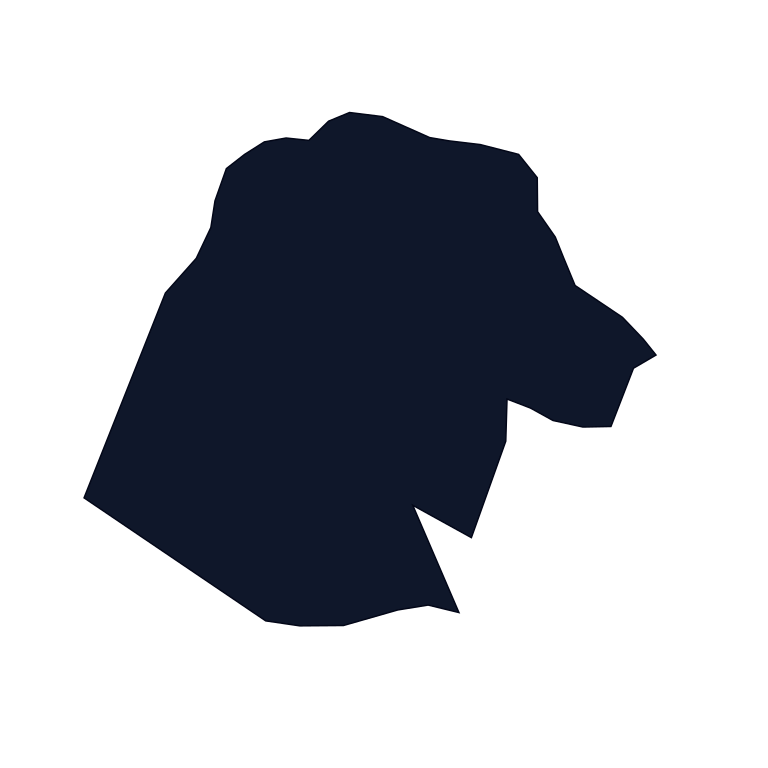 Vila Flor, Rio Grande do Norte, Brazil (Robinson projection), rotated 24°
{"feature_id": "56859067B91583565778488", "entity_name": "Vila Flor", "entity_type": "district", "adm_level": 2, "iso_a3": "BRA", "parent_name": "Brazil", "parent_adm1": "Rio Grande do Norte", "projection": "robinson", "projection_center": [-35.08, -6.303], "detail": "fine", "context": "isolated", "style": "filled", "palette": "ink", "viewbox_px": 768, "rotation_deg": 24, "n_neighbors": 0, "source": "geoboundaries", "source_scale": "gbopen_adm2", "svg_char_len": 674}
<svg xmlns="http://www.w3.org/2000/svg" viewBox="0 0 768 768"><g transform="rotate(24 384 384)"><path d="M620.7,246.9L602.7,237.6L574.7,226.1L518.5,216.3L496.7,195.6L480.7,180.1L454.2,164.1L440.1,133.2L413.6,119.5L374.6,126.1L344.6,135.4L325.5,140.3L297.1,140.3L274.0,140.3L242.1,150.0L226.5,166.4L216.3,192.0L194.5,199.1L176.2,211.5L163.3,230.9L152.4,251.3L155.1,285.4L162.2,311.5L161.4,345.5L147.3,389.8L156.3,610.0L372.3,648.5L405.4,639.2L445.2,621.1L488.5,584.8L514.2,568.0L545.4,562.3L459.6,483.1L526.3,488.8L518.5,386.7L502.5,347.7L527.5,346.4L553.2,348.6L583.2,342.4L608.6,330.5L605.5,268.1L620.7,246.9Z" fill="#0f172a" stroke="#020617" stroke-width="1.5"/></g></svg>